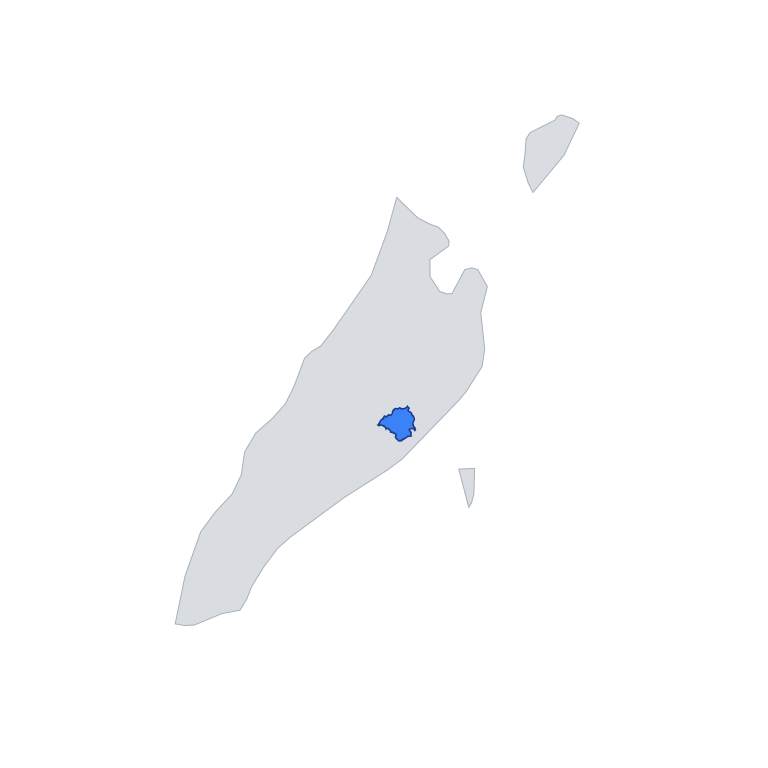 Remexio, Aileu, East Timor (highlighted), rotated 147°
{"feature_id": "22284137B74211319076421", "entity_name": "Remexio", "entity_type": "district", "adm_level": 2, "iso_a3": "TLS", "parent_name": "East Timor", "parent_adm1": "Aileu", "projection": "natural_earth1", "projection_center": [125.716, -8.631], "detail": "fine", "context": "in_parent", "style": "filled", "palette": "blue", "viewbox_px": 768, "rotation_deg": 147, "n_neighbors": 0, "source": "geoboundaries", "source_scale": "gbopen_adm2", "svg_char_len": 5737}
<svg xmlns="http://www.w3.org/2000/svg" viewBox="0 0 768 768"><g transform="rotate(147 384 384)"><path d="M271.7,533.6L265.3,505.2L258.4,493.0L253.0,486.1L251.2,477.5L251.5,468.6L254.7,464.5L277.8,463.3L286.9,448.8L286.9,431.2L282.2,425.3L277.7,422.8L253.9,436.0L247.1,433.6L243.0,428.8L244.3,409.4L263.9,391.2L280.6,358.3L292.3,345.2L319.5,332.8L330.5,329.4L409.8,311.2L428.7,310.0L479.0,310.5L546.2,306.6L562.8,304.1L584.4,296.1L605.3,286.2L616.3,278.4L627.9,272.7L645.2,279.8L674.5,285.2L682.5,289.9L689.8,296.5L655.7,331.1L618.2,359.9L595.2,368.5L571.4,374.4L553.2,385.5L537.9,402.9L518.3,412.7L496.2,416.0L477.3,421.2L460.2,431.4L436.4,449.0L426.7,450.8L416.5,450.3L396.8,457.0L335.5,482.1L298.4,509.9L271.7,533.6ZM78.2,496.4L108.5,477.8L154.7,463.5L153.6,474.0L148.9,490.5L141.9,498.3L131.3,512.2L124.4,515.3L96.7,512.2L93.1,514.2L88.3,512.8L81.2,503.8L78.2,496.4ZM380.1,234.4L367.6,271.9L354.0,263.9L368.5,242.8L375.4,236.6L380.1,234.4Z" fill="#d9dde1" stroke="#a8b0b8" stroke-width="1"/><path d="M376.5,352.6L377.5,352.2L377.9,352.0L378.3,351.8L378.5,351.9L378.7,352.2L379.0,352.2L379.3,352.1L380.0,352.3L380.3,352.3L380.9,352.4L381.0,352.6L381.4,352.9L381.6,353.1L381.9,353.2L382.3,353.4L382.6,353.5L382.9,353.9L383.0,353.9L383.3,354.1L383.4,354.3L383.3,354.5L383.4,355.0L383.6,355.3L383.7,355.5L383.9,355.6L384.1,355.5L384.4,355.6L384.5,355.6L385.1,355.5L385.5,355.7L386.1,355.7L386.4,356.1L387.1,356.7L387.5,357.1L387.8,357.2L388.4,357.2L388.7,357.2L388.9,357.2L389.0,356.9L389.4,356.7L389.6,357.0L389.7,356.9L390.1,356.8L390.1,357.0L390.4,357.1L390.7,356.9L390.8,356.7L391.0,356.6L391.5,356.4L391.8,356.3L391.9,356.1L391.9,355.9L392.1,355.6L392.5,355.4L392.9,354.9L393.5,354.6L394.4,354.3L394.6,354.2L394.8,354.1L395.0,354.2L395.4,354.1L395.6,354.1L395.7,354.3L395.7,354.5L395.8,354.6L396.1,354.9L396.5,354.9L396.6,355.2L396.6,355.6L396.8,355.7L396.9,355.4L396.9,355.2L397.1,355.3L397.6,355.3L398.3,355.5L398.9,355.5L399.2,355.2L399.4,355.2L399.8,355.1L400.0,355.0L400.3,355.3L400.5,355.9L400.6,356.4L400.6,356.5L400.8,356.8L401.1,356.9L401.7,356.7L402.1,356.3L402.9,355.8L403.0,355.7L403.5,355.6L403.5,355.4L403.5,355.2L403.7,355.3L403.6,355.6L403.7,355.8L403.8,355.8L403.9,355.6L404.0,355.7L404.0,355.8L404.3,355.8L404.6,355.4L404.8,355.3L405.2,355.3L405.5,355.2L405.8,355.2L406.5,355.4L407.1,354.8L407.4,354.8L407.7,354.5L408.0,354.5L408.4,354.2L408.9,354.0L409.0,353.9L408.9,353.7L409.0,353.5L409.3,353.3L409.5,353.3L409.9,353.6L410.0,353.5L410.2,353.3L410.4,353.1L410.8,352.9L411.2,352.8L411.5,352.9L411.5,352.5L410.9,352.3L410.9,352.2L410.9,351.9L410.8,351.7L410.7,351.6L410.3,351.5L410.1,351.8L410.0,351.7L409.2,351.3L408.7,351.3L408.6,351.2L408.3,351.0L408.2,350.9L408.1,350.7L408.0,350.2L407.8,349.9L407.4,349.6L407.4,349.4L407.5,349.3L407.4,349.0L407.2,349.1L406.8,348.8L406.8,348.7L406.6,348.3L406.7,348.2L406.7,347.5L406.6,347.2L406.5,346.9L406.5,346.5L406.5,346.3L406.6,346.1L406.7,345.9L406.8,345.8L406.9,345.6L406.9,345.4L406.7,345.6L406.2,345.7L405.9,345.6L405.7,345.5L405.4,345.3L405.3,345.0L405.4,344.7L405.2,344.5L404.9,344.5L404.9,344.3L404.9,344.1L404.9,343.8L404.9,343.7L404.8,343.3L404.7,343.2L404.5,342.9L404.2,342.8L404.1,342.7L404.2,341.9L404.2,341.1L404.3,340.7L404.5,340.5L404.5,340.3L404.6,340.1L404.7,339.9L404.3,339.7L404.0,339.7L403.9,339.7L403.8,339.4L403.6,339.3L403.4,339.3L403.4,339.2L403.3,338.9L403.1,338.7L402.9,338.6L402.8,338.3L402.8,338.2L403.0,338.2L402.8,337.9L402.7,337.3L402.4,337.4L402.3,337.2L402.2,337.2L402.0,336.9L401.8,336.8L401.8,336.7L401.7,336.4L401.7,336.1L401.3,335.9L401.2,335.8L401.2,335.7L401.3,335.3L401.3,335.1L401.4,334.9L401.4,334.7L401.6,334.5L401.8,334.5L401.9,334.3L402.0,334.3L402.5,334.1L403.0,333.8L403.1,333.6L403.0,333.4L403.1,333.2L403.3,332.9L403.2,332.6L403.2,332.4L403.4,332.3L403.5,332.0L403.4,331.8L403.3,331.6L403.4,331.3L403.1,331.0L403.1,330.7L403.0,330.3L402.9,330.2L403.0,330.1L402.9,329.5L402.9,329.2L402.7,328.4L402.1,327.9L401.7,327.5L401.3,327.7L400.9,327.8L400.8,327.6L400.6,327.2L400.3,326.9L400.2,327.0L399.3,327.2L399.0,327.1L398.8,327.0L398.7,327.2L398.3,327.2L398.1,327.6L397.9,327.6L397.7,327.5L397.3,327.1L396.9,327.0L396.8,326.9L396.5,327.2L396.2,327.3L395.6,327.0L394.4,326.9L393.8,327.0L393.5,327.0L392.7,327.3L392.4,327.2L391.7,326.5L391.6,326.4L391.1,326.3L390.4,326.2L390.2,326.1L389.8,325.8L389.8,326.0L389.7,326.1L389.3,326.0L389.2,326.1L389.3,326.5L389.2,326.6L389.0,326.8L388.9,326.9L388.8,327.2L388.7,327.4L388.6,327.9L388.5,328.0L388.1,328.0L387.8,328.5L387.6,328.6L387.6,328.8L387.7,329.0L387.6,329.8L387.7,330.0L387.7,330.3L388.1,330.9L388.0,331.2L387.9,331.7L387.8,331.8L387.6,332.2L386.5,332.0L386.1,332.0L385.8,332.0L384.3,330.9L384.0,330.5L383.7,330.0L383.5,329.8L383.4,329.2L383.5,328.8L383.5,328.5L383.5,328.2L383.0,328.3L382.6,328.5L382.8,328.9L382.8,329.0L382.7,329.1L382.6,329.4L382.3,329.5L382.2,329.6L382.1,329.8L382.0,330.1L382.3,330.1L382.2,330.4L382.2,330.5L382.3,330.6L382.4,330.8L382.1,331.2L382.2,331.4L382.2,331.6L382.1,331.8L382.3,332.0L382.2,332.2L382.2,332.5L382.3,332.7L382.2,332.9L382.1,333.2L381.9,333.4L381.8,333.8L381.6,334.0L381.7,334.4L381.6,334.5L381.4,334.6L381.4,335.0L381.2,335.3L380.9,335.6L380.7,335.8L380.0,336.4L379.5,336.6L378.4,337.2L377.9,337.7L377.4,338.6L377.3,338.8L377.1,339.9L377.1,340.5L377.0,340.9L376.9,341.0L377.0,341.6L377.5,341.9L377.5,342.0L377.4,342.4L377.2,342.8L377.2,343.0L377.0,343.3L377.0,343.7L377.1,344.4L376.9,344.8L377.0,345.5L377.2,345.9L377.4,346.7L377.7,347.0L378.1,347.3L378.3,348.1L378.3,348.5L378.2,348.7L378.1,348.9L377.8,349.0L377.6,349.3L377.3,349.3L376.9,349.5L376.7,349.6L376.3,349.8L376.2,350.1L376.1,350.5L376.3,350.9L376.4,351.0L376.4,351.5L376.4,352.0L376.5,352.3L376.5,352.6Z" fill="#3b82f6" stroke="#1e3a8a" stroke-width="1.5"/></g></svg>